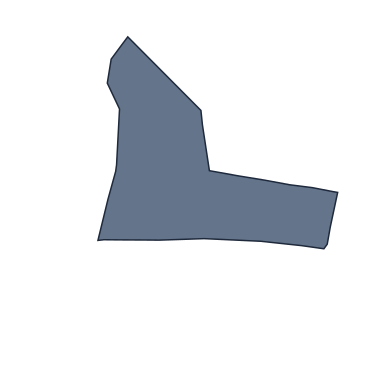 Paulis, Arad, Romania, rotated 214°
{"feature_id": "2599482B19247594544458", "entity_name": "Paulis", "entity_type": "district", "adm_level": 2, "iso_a3": "ROU", "parent_name": "Romania", "parent_adm1": "Arad", "projection": "natural_earth1", "projection_center": [21.5, 46.27], "detail": "fine", "context": "isolated", "style": "filled", "palette": "slate", "viewbox_px": 384, "rotation_deg": 214, "n_neighbors": 0, "source": "geoboundaries", "source_scale": "gbopen_adm2", "svg_char_len": 675}
<svg xmlns="http://www.w3.org/2000/svg" viewBox="0 0 384 384"><g transform="rotate(214 192 192)"><path d="M332.0,284.7L332.2,281.0L332.5,275.2L333.3,256.9L332.2,254.6L323.1,234.9L298.5,220.3L269.7,172.3L266.8,166.4L257.6,139.0L244.0,102.2L243.1,99.8L242.9,99.3L242.2,99.9L241.0,100.9L240.2,101.6L239.2,102.4L238.6,103.0L225.3,111.8L209.4,122.4L200.4,128.4L192.5,133.6L175.9,145.6L155.9,160.1L107.8,189.4L71.2,208.8L50.9,218.7L50.7,224.3L53.6,230.9L57.7,240.1L62.5,252.0L71.0,273.1L75.7,271.0L94.7,262.9L115.3,252.5L138.5,242.4L161.9,231.6L164.6,230.4L187.0,220.5L189.5,219.4L220.9,253.5L230.2,264.6L332.0,284.7Z" fill="#64748b" stroke="#1e293b" stroke-width="1.5"/></g></svg>